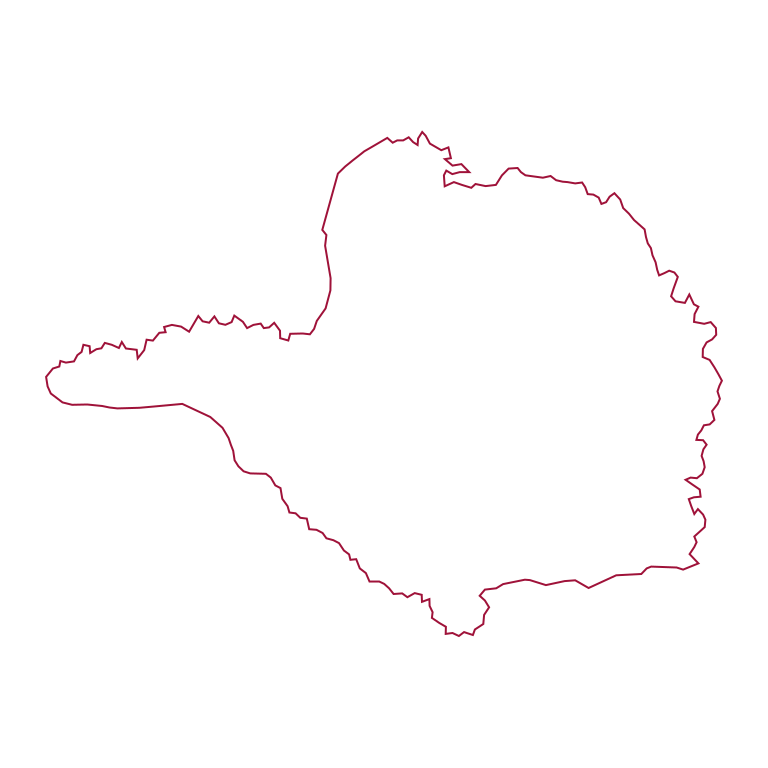 Ibirubá, Rio Grande do Sul, Brazil
{"feature_id": "56859067B54676544354461", "entity_name": "Ibirubá", "entity_type": "district", "adm_level": 2, "iso_a3": "BRA", "parent_name": "Brazil", "parent_adm1": "Rio Grande do Sul", "projection": "mercator", "projection_center": [-53.183, -28.593], "detail": "fine", "context": "isolated", "style": "outline", "palette": "rose", "viewbox_px": 768, "rotation_deg": 0, "n_neighbors": 0, "source": "geoboundaries", "source_scale": "gbopen_adm2", "svg_char_len": 3398}
<svg xmlns="http://www.w3.org/2000/svg" viewBox="0 0 768 768"><path d="M614.4,193.2L609.6,196.7L606.1,202.2L601.4,203.9L598.7,197.6L593.4,194.6L587.7,194.1L585.2,187.2L582.1,182.5L575.2,183.4L567.6,182.1L562.7,181.7L556.1,180.2L550.6,176.0L542.9,177.7L530.4,176.0L525.4,175.3L520.9,172.1L517.6,168.0L508.6,168.6L501.9,175.4L495.9,184.9L485.6,186.1L475.5,184.0L471.3,187.8L461.9,184.9L453.9,182.1L444.7,186.3L443.9,175.3L446.3,170.6L452.3,174.1L459.8,172.1L469.2,172.1L461.4,164.1L452.5,165.6L444.9,159.1L450.9,158.2L448.4,147.4L441.3,150.2L429.9,143.6L425.7,135.8L422.2,132.0L418.1,138.5L417.6,145.0L413.1,142.1L408.7,137.3L403.2,140.4L397.2,140.4L392.7,142.7L387.3,137.9L372.6,146.5L364.3,151.3L358.0,156.3L352.6,160.5L345.2,166.5L337.9,173.6L322.3,229.9L326.4,235.0L325.1,245.7L330.6,278.2L330.4,290.4L325.6,308.4L316.8,320.9L314.1,328.9L309.9,334.3L302.7,333.5L290.2,333.8L288.3,340.5L280.2,338.2L280.0,330.7L274.2,322.8L269.1,327.4L263.8,328.1L260.7,323.6L253.4,324.9L247.1,328.1L242.9,321.8L234.3,315.6L231.6,322.1L225.4,324.8L218.9,323.3L214.4,316.4L209.2,322.7L202.6,321.3L198.3,316.0L189.1,331.7L181.1,326.6L171.9,324.9L164.1,327.0L165.6,332.2L159.3,332.8L152.9,340.6L146.6,339.7L144.2,350.1L137.7,358.4L136.7,349.8L125.9,348.5L121.8,342.0L118.9,348.0L111.8,344.8L104.8,342.9L101.4,348.3L96.4,349.2L90.2,353.0L89.6,346.2L83.4,344.8L81.6,351.9L77.4,355.1L74.0,361.4L65.9,362.6L60.4,361.0L59.3,366.5L52.9,368.5L46.1,376.9L47.6,386.4L50.8,393.5L62.5,402.4L72.1,404.8L87.3,404.5L102.2,406.0L109.5,407.5L117.4,408.4L139.3,407.8L154.1,406.5L182.3,403.9L210.3,417.0L222.5,427.8L228.6,438.1L230.9,444.9L233.2,450.8L234.6,460.3L238.4,466.3L243.6,471.3L250.2,473.4L265.9,473.8L270.8,477.6L275.3,485.4L280.5,488.1L282.3,498.8L287.6,506.2L289.4,512.5L295.6,513.3L300.3,517.8L306.8,518.6L309.2,529.2L316.5,529.8L322.6,533.0L326.4,538.3L333.4,540.2L339.0,543.1L343.9,550.5L349.1,554.4L350.4,559.8L356.2,559.2L359.8,568.4L365.9,573.1L369.5,581.5L379.2,581.5L384.2,583.9L389.1,588.3L393.6,594.0L402.2,593.4L407.4,597.2L414.7,593.1L421.7,594.8L422.0,601.8L429.4,599.1L429.6,605.9L432.6,612.2L431.9,617.9L439.2,622.9L445.9,626.8L445.7,633.9L452.5,633.0L458.9,636.0L464.0,632.1L472.9,635.0L474.9,629.5L483.3,624.0L484.1,614.9L489.1,607.3L484.9,600.5L479.7,595.8L484.9,589.6L496.2,588.3L503.1,584.1L524.9,579.7L529.9,580.1L545.9,585.1L564.6,581.1L575.2,580.3L588.6,588.0L616.2,575.3L641.3,574.0L646.7,568.4L651.2,566.6L676.6,567.5L683.1,569.6L698.4,563.4L689.6,554.1L694.3,547.0L696.6,542.2L694.3,536.5L699.2,532.1L704.7,527.1L705.4,519.7L703.1,514.6L697.9,509.1L694.3,514.0L691.2,506.0L688.8,499.1L693.9,497.3L700.6,496.7L699.7,489.5L692.2,484.4L685.6,479.8L690.6,477.6L696.9,478.2L702.4,473.8L704.7,467.2L703.6,461.2L701.6,455.9L703.4,449.3L706.6,444.7L703.1,440.2L696.4,439.9L697.9,434.6L701.3,430.4L703.9,425.3L709.7,424.4L714.4,419.9L712.1,411.1L717.7,403.9L719.9,398.8L717.5,391.4L719.4,385.8L721.9,380.7L718.4,374.2L714.4,367.3L709.6,359.9L702.7,357.0L702.9,348.9L706.6,342.4L712.1,339.4L716.2,334.8L715.9,328.0L710.7,322.1L704.2,323.8L694.0,321.9L694.6,314.1L698.4,306.7L693.9,304.3L689.3,294.5L684.9,302.9L675.5,301.3L671.1,296.3L673.6,288.5L677.8,276.9L674.4,272.5L669.2,270.7L664.4,273.1L659.1,275.4L657.2,269.8L655.6,262.3L652.5,255.3L650.9,248.1L647.8,243.4L646.0,237.1L644.6,229.4L634.0,220.0L628.9,213.6L623.2,208.1L620.2,199.5L614.4,193.2Z" fill="none" stroke="#9f1239" stroke-width="2"/></svg>